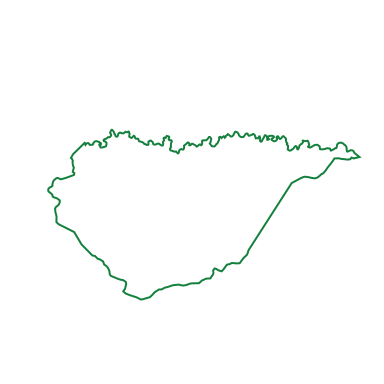 Markounda, Ouham, Central African Republic (Natural Earth projection), rotated 32°
{"feature_id": "33826404B52601033142025", "entity_name": "Markounda", "entity_type": "district", "adm_level": 2, "iso_a3": "CAF", "parent_name": "Central African Republic", "parent_adm1": "Ouham", "projection": "natural_earth1", "projection_center": [17.237, 7.587], "detail": "fine", "context": "isolated", "style": "outline", "palette": "green", "viewbox_px": 384, "rotation_deg": 32, "n_neighbors": 0, "source": "geoboundaries", "source_scale": "gbopen_adm2", "svg_char_len": 5982}
<svg xmlns="http://www.w3.org/2000/svg" viewBox="0 0 384 384"><g transform="rotate(32 192 192)"><path d="M71.3,227.3L72.9,227.6L74.5,228.8L74.8,229.8L75.8,231.2L77.2,232.7L78.9,234.0L80.2,238.1L82.2,238.3L82.8,240.2L78.2,246.1L74.8,250.0L73.8,250.8L70.8,251.2L69.7,252.1L68.7,255.0L68.7,257.0L69.7,259.8L70.4,260.7L70.1,261.7L69.1,263.2L68.5,265.2L69.1,266.7L70.0,267.6L73.8,268.0L75.2,268.5L76.4,269.8L78.3,269.6L80.7,268.9L84.3,269.2L85.3,270.9L85.7,272.9L85.5,274.2L84.5,277.1L84.7,278.6L86.7,281.3L90.0,284.4L93.0,289.4L96.3,290.0L113.3,288.4L126.1,295.0L141.0,298.6L143.8,297.7L147.3,298.6L149.6,298.0L153.4,298.0L155.9,300.0L158.9,300.2L161.0,300.9L163.7,302.7L166.0,305.5L167.7,306.1L175.6,304.8L177.9,304.2L180.4,303.2L183.7,303.4L184.9,304.8L186.5,309.6L186.4,312.7L189.4,313.2L193.7,312.5L200.8,310.7L205.4,310.3L206.8,309.4L212.1,303.4L212.9,300.0L213.4,296.9L215.7,292.1L217.4,291.1L218.2,290.2L219.2,288.2L220.2,286.9L221.5,285.7L225.3,281.1L229.9,277.5L231.6,277.1L234.2,275.9L236.4,274.0L238.6,271.1L240.2,269.6L246.3,265.6L247.3,261.9L250.0,257.9L253.3,255.6L253.5,250.4L253.0,249.2L251.5,247.3L251.5,246.1L251.8,244.8L253.5,244.4L255.9,244.4L259.1,243.6L259.7,241.1L260.1,235.2L262.2,233.1L263.4,231.1L268.2,228.6L270.2,227.1L270.5,222.3L271.0,219.4L271.8,216.5L271.8,215.2L270.8,211.5L271.8,131.6L276.7,123.0L278.2,120.7L279.8,119.1L283.6,117.4L285.7,116.8L288.8,115.4L290.6,113.5L291.7,110.6L292.3,108.2L293.4,106.6L293.9,103.4L294.1,99.1L294.9,92.1L295.0,88.1L298.3,85.8L300.8,84.9L306.7,82.1L308.9,80.3L309.0,78.3L311.4,77.8L315.5,73.6L309.0,72.8L307.1,71.7L306.1,71.7L304.4,72.5L302.8,75.0L302.5,75.3L301.9,75.4L300.8,74.3L300.1,73.0L298.5,71.6L296.9,71.1L296.0,71.2L294.9,70.8L292.5,71.0L290.8,72.3L290.0,73.8L290.0,74.9L290.9,77.1L291.1,78.2L290.7,78.4L290.2,79.0L290.1,79.6L289.8,80.2L288.0,83.2L287.7,83.3L286.1,82.1L283.6,83.1L281.5,85.5L279.6,87.0L277.9,87.8L276.0,85.7L273.4,85.5L271.3,86.9L268.7,91.7L266.7,92.3L266.4,92.1L266.6,90.7L266.4,89.9L263.9,87.6L262.8,87.3L261.5,88.6L260.8,89.0L258.9,89.5L258.7,89.8L259.5,90.6L259.7,91.0L259.7,92.5L259.2,93.4L258.5,95.6L259.2,97.7L259.3,99.7L259.0,99.9L258.6,99.9L257.4,98.6L256.7,98.1L255.8,98.0L255.4,98.2L255.1,99.5L255.1,100.8L254.7,102.3L254.2,103.1L254.0,104.0L252.9,105.2L251.2,105.3L250.4,104.9L249.9,103.3L248.9,101.9L247.6,101.6L247.1,101.2L247.3,100.7L247.1,100.3L245.5,99.7L244.4,98.6L243.9,97.5L243.0,96.8L240.0,96.2L239.6,96.6L239.3,97.3L239.2,99.1L238.9,100.1L238.4,100.4L237.6,100.3L236.2,99.7L235.9,99.3L235.0,99.4L234.6,100.6L234.7,101.0L236.1,102.0L236.3,102.7L236.1,103.7L235.6,104.7L234.7,105.5L233.5,105.6L232.1,105.6L231.6,105.4L231.4,104.9L231.5,104.4L232.3,102.8L232.4,102.3L232.2,101.8L231.7,101.5L230.1,101.9L228.5,102.9L227.6,103.9L227.3,104.5L227.3,105.5L227.5,105.8L229.2,106.3L229.3,106.5L228.7,107.6L228.0,107.8L227.6,107.0L226.1,105.4L225.3,105.0L224.2,105.0L223.8,105.2L223.8,106.5L224.1,107.6L224.0,108.8L224.3,112.1L224.2,112.6L223.8,112.8L222.6,112.6L221.6,110.8L220.3,109.3L219.9,109.0L219.5,109.2L219.6,111.5L218.1,112.2L217.6,112.7L216.9,112.2L216.2,111.3L215.0,110.5L213.5,110.2L213.1,110.4L212.8,111.3L212.2,111.8L211.6,113.0L210.4,114.2L210.0,114.2L208.4,113.2L207.7,113.2L207.0,113.8L206.7,114.7L206.5,117.9L206.2,118.4L204.6,119.3L203.6,119.5L201.6,118.9L200.8,118.2L199.0,117.4L197.1,117.7L196.6,118.3L196.8,119.3L196.7,120.6L197.0,121.5L196.7,123.2L196.2,124.0L195.4,124.4L193.2,124.0L191.7,124.0L191.7,124.8L191.1,126.3L191.0,127.0L191.3,128.0L191.1,128.5L190.3,127.9L189.4,127.9L188.4,130.6L187.5,130.1L186.9,130.2L186.4,130.5L186.1,131.1L186.2,131.6L187.2,133.1L187.5,134.1L187.5,135.1L187.8,137.5L187.3,138.2L187.2,140.3L186.8,141.6L184.7,142.6L183.8,142.4L181.4,141.4L181.4,139.9L180.9,139.0L180.6,137.6L180.1,136.7L178.5,135.9L177.7,136.0L177.3,136.3L177.2,138.2L176.9,140.0L176.4,140.7L173.7,142.6L173.5,143.0L173.5,143.5L174.5,144.7L175.0,145.8L175.2,147.0L175.0,147.5L173.8,147.3L173.4,147.5L173.0,148.2L172.4,150.2L171.9,151.0L170.3,150.6L167.0,150.8L166.5,151.0L165.9,152.9L165.6,153.4L164.9,153.7L164.6,152.5L163.1,152.0L162.2,152.2L161.9,152.7L161.9,153.5L160.7,156.9L161.9,158.7L162.2,160.5L161.8,160.9L160.2,161.2L159.6,162.0L159.2,163.0L159.2,163.6L159.9,165.6L159.8,166.5L159.6,166.7L158.6,166.6L157.0,166.1L155.9,167.1L155.1,167.1L153.7,167.6L153.1,167.6L152.2,168.0L151.2,167.9L150.5,167.2L150.4,165.0L149.9,164.7L148.9,162.7L148.4,162.0L148.1,159.8L147.8,159.5L147.1,159.1L146.5,159.3L145.8,159.9L145.1,160.0L144.5,159.8L144.1,159.4L143.8,157.8L143.2,157.2L140.9,157.8L140.8,158.1L141.1,159.9L140.8,160.3L139.8,160.4L139.4,161.0L139.6,161.8L140.7,162.6L141.0,163.2L140.8,164.8L140.9,165.2L141.9,166.1L142.5,167.5L142.4,168.2L142.0,168.5L140.2,168.8L139.2,168.5L138.5,168.5L137.4,169.0L136.0,171.0L134.5,172.0L134.0,172.0L132.1,170.5L130.0,170.2L129.5,170.4L128.5,171.9L128.4,172.4L129.8,174.7L129.8,175.2L128.5,176.2L127.3,176.0L126.5,176.5L125.8,176.5L125.2,176.1L123.8,176.0L120.1,177.0L118.4,175.5L117.5,175.6L116.5,176.4L115.8,176.5L115.2,176.4L114.0,175.3L113.2,175.1L112.8,175.2L112.3,177.8L112.1,178.2L111.4,178.4L109.6,178.4L109.3,178.2L108.2,175.7L106.5,174.3L106.0,174.5L105.8,175.4L105.1,175.8L103.7,176.1L103.0,178.3L102.7,178.7L100.6,179.6L100.0,179.5L99.2,180.0L98.6,181.4L99.3,183.3L99.3,184.5L98.9,185.0L98.0,185.2L97.2,184.9L96.1,183.8L95.3,183.8L94.7,183.1L93.6,182.3L91.4,181.6L91.0,181.8L90.8,182.1L91.0,184.9L91.3,185.3L92.5,185.8L93.5,186.9L93.2,189.2L91.8,189.9L91.2,192.0L90.8,192.3L89.6,194.0L89.5,194.4L89.8,195.3L90.2,195.5L91.4,195.2L93.3,195.5L94.1,196.5L94.8,198.7L94.1,199.9L93.1,200.9L92.6,201.6L91.1,202.6L90.6,202.5L88.3,201.1L88.2,200.7L88.4,200.3L89.4,200.3L89.6,200.1L89.0,199.0L88.6,198.9L88.1,199.1L86.8,198.7L86.3,199.0L84.3,199.4L83.7,199.7L82.6,201.0L82.5,203.2L82.8,203.5L82.6,204.7L81.6,205.2L80.5,206.2L80.2,206.2L78.7,205.5L78.0,205.5L77.0,206.5L76.8,206.9L76.7,208.5L76.2,208.2L76.1,207.9L75.4,207.3L74.9,207.2L71.1,223.1L71.3,227.3Z" fill="none" stroke="#15803d" stroke-width="2"/></g></svg>